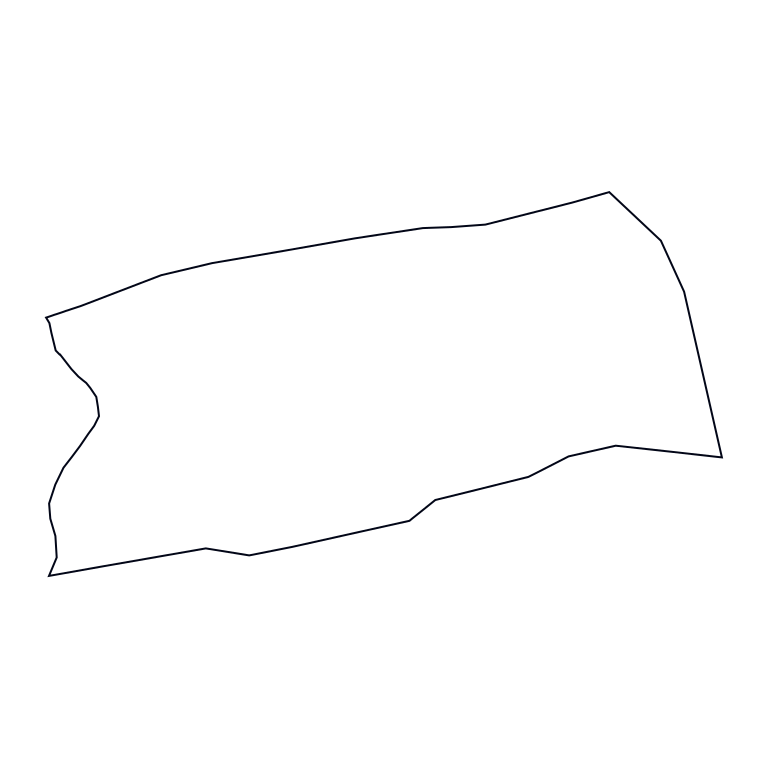 outline of Shroq, Al Qahirah, Egypt
{"feature_id": "37247803B54771343993886", "entity_name": "Shroq", "entity_type": "district", "adm_level": 2, "iso_a3": "EGY", "parent_name": "Egypt", "parent_adm1": "Al Qahirah", "projection": "natural_earth1", "projection_center": [31.499, 30.133], "detail": "fine", "context": "isolated", "style": "outline", "palette": "ink", "viewbox_px": 768, "rotation_deg": 0, "n_neighbors": 0, "source": "geoboundaries", "source_scale": "gbopen_adm2", "svg_char_len": 1056}
<svg xmlns="http://www.w3.org/2000/svg" viewBox="0 0 768 768"><path d="M46.1,317.6L49.4,323.1L51.4,332.9L55.7,350.5L59.6,354.5L59.8,354.4L60.0,354.4L64.9,360.7L69.4,366.5L71.6,369.3L78.3,376.5L82.9,380.3L86.2,382.9L90.3,388.0L96.3,396.9L97.9,406.8L99.0,416.2L94.2,425.8L88.4,433.7L80.1,445.9L71.8,457.0L63.5,467.7L55.3,484.6L49.1,503.5L50.3,518.7L55.4,536.0L56.7,557.5L49.0,575.9L103.7,566.2L205.8,548.4L249.2,555.4L292.2,546.9L359.5,531.9L409.5,520.8L412.0,518.7L428.6,505.4L435.3,500.0L478.3,489.4L507.9,482.0L528.4,476.9L535.8,473.2L568.6,456.4L588.8,451.8L615.7,445.7L673.5,452.0L716.3,456.8L721.9,457.4L684.1,291.7L660.9,240.7L609.2,192.1L587.4,198.3L571.8,202.7L565.0,204.4L561.6,205.3L535.0,212.0L485.4,224.6L459.4,226.5L451.2,227.1L430.5,227.8L422.8,228.1L378.9,234.7L354.7,238.4L284.7,250.7L212.2,263.1L161.2,275.2L140.8,283.0L81.9,305.6L80.0,306.3L77.8,307.0L74.8,308.0L71.4,309.1L67.9,310.3L66.2,310.8L64.0,311.6L62.0,312.3L59.6,313.1L56.3,314.2L54.3,314.8L52.4,315.5L48.6,316.8L46.1,317.6Z" fill="none" stroke="#020617" stroke-width="2"/></svg>